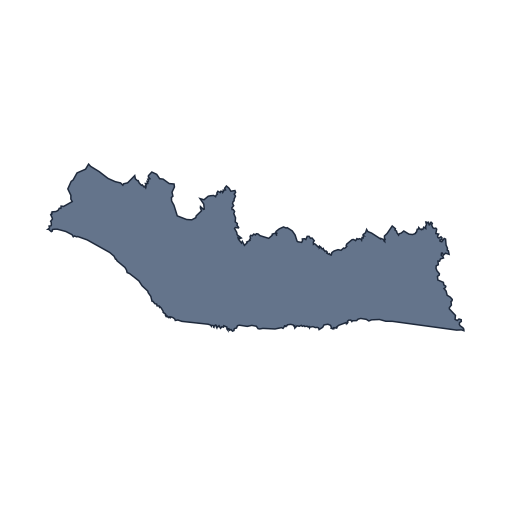 Aquila, Michoacán, Mexico (Equal Earth projection), rotated 337°
{"feature_id": "50627088B41221510425691", "entity_name": "Aquila", "entity_type": "district", "adm_level": 2, "iso_a3": "MEX", "parent_name": "Mexico", "parent_adm1": "Michoacán", "projection": "equal_earth", "projection_center": [-103.31, 18.385], "detail": "fine", "context": "isolated", "style": "filled", "palette": "slate", "viewbox_px": 512, "rotation_deg": 337, "n_neighbors": 0, "source": "geoboundaries", "source_scale": "gbopen_adm2", "svg_char_len": 6127}
<svg xmlns="http://www.w3.org/2000/svg" viewBox="0 0 512 512"><g transform="rotate(337 256 256)"><path d="M419.7,372.6L418.7,369.7L416.6,366.8L417.3,362.5L416.3,359.4L418.0,359.1L418.9,358.0L417.6,355.9L418.2,353.5L414.0,349.1L415.1,345.6L417.2,345.2L417.9,344.0L416.8,340.3L416.9,337.6L418.1,335.4L420.4,335.3L421.5,331.8L423.0,332.5L424.6,330.8L427.8,331.1L427.9,329.8L426.8,327.7L427.9,325.8L428.6,326.0L428.9,328.4L431.6,327.5L434.4,329.9L435.1,326.4L434.3,325.2L435.3,323.6L435.2,320.3L437.1,314.5L436.1,313.4L432.6,315.5L431.2,314.4L431.5,313.2L433.4,313.4L434.3,312.0L433.8,310.6L431.4,310.9L430.7,310.1L430.9,308.6L432.7,307.2L430.3,305.6L432.8,301.9L432.4,300.6L430.7,300.2L429.8,299.0L429.8,296.0L431.0,295.0L430.6,293.5L429.7,293.2L428.8,294.6L427.6,295.0L427.7,292.2L426.4,292.5L426.3,291.5L425.6,291.1L425.1,293.9L423.7,295.0L423.0,297.0L421.7,295.0L419.9,296.7L419.0,296.0L418.6,296.4L417.7,295.6L416.9,293.4L416.2,294.6L414.8,294.4L413.1,296.7L412.1,296.8L411.6,297.6L408.5,297.4L405.4,295.7L401.8,290.7L398.6,291.7L396.5,291.5L395.4,292.5L394.8,289.7L395.1,288.0L394.1,286.3L395.0,285.3L393.1,281.6L385.5,286.5L382.0,287.8L381.2,289.9L381.4,291.2L380.4,291.7L380.1,293.0L379.7,292.2L379.9,290.7L377.7,288.5L377.3,288.9L371.3,280.0L368.5,277.2L368.2,274.8L365.9,277.4L363.0,278.1L362.6,278.8L363.1,279.6L362.6,279.4L361.7,281.2L360.8,280.5L359.4,282.7L359.2,281.5L357.9,280.4L356.5,280.5L355.7,279.4L353.7,280.8L352.2,278.9L350.8,278.5L344.1,280.5L343.0,281.8L343.3,282.6L341.5,283.4L340.2,283.5L339.7,282.9L336.5,284.0L334.0,282.2L329.7,281.9L327.2,282.5L325.7,284.5L324.8,284.0L324.6,282.6L323.6,282.7L322.3,281.0L323.1,280.3L322.4,278.7L321.3,278.8L321.1,277.2L320.5,276.7L320.9,275.3L319.5,275.2L319.1,273.1L318.1,273.3L318.6,272.8L318.3,271.6L316.9,272.4L315.2,268.3L314.3,267.4L313.5,267.6L314.2,265.6L315.6,264.7L314.6,261.3L313.0,261.0L312.5,258.6L310.8,257.9L308.3,260.3L307.5,259.1L305.3,258.4L304.8,260.1L303.3,261.3L300.0,259.2L299.6,258.3L300.2,252.0L299.2,247.1L295.8,242.1L294.6,242.0L292.7,240.0L288.0,240.1L284.1,241.2L283.3,242.1L284.1,243.2L283.1,244.1L282.9,245.6L283.1,243.4L282.6,242.5L279.5,242.2L278.9,243.3L274.6,244.7L267.6,238.8L266.5,236.5L265.0,235.6L263.7,236.4L262.5,234.9L260.4,235.9L259.3,234.9L258.2,235.6L257.7,237.9L256.5,238.4L256.6,239.3L252.9,239.5L252.9,240.4L249.5,241.7L249.1,237.2L247.7,238.4L246.4,233.7L246.6,232.2L247.8,233.7L249.5,233.7L246.9,229.1L247.5,226.7L247.0,222.3L248.1,221.7L250.8,223.3L251.2,222.9L250.5,220.4L251.5,218.8L250.2,216.5L252.1,212.8L252.1,208.3L253.7,206.6L253.2,204.3L252.2,203.9L252.6,202.2L255.1,201.0L254.9,198.5L256.3,196.9L257.4,196.7L258.1,195.0L260.5,192.9L260.2,190.5L262.1,189.5L262.2,187.5L258.2,186.6L257.6,182.9L256.1,180.0L253.6,181.4L253.7,183.2L251.6,182.6L251.6,183.5L250.2,184.5L250.2,183.5L249.0,182.6L247.9,183.6L246.2,181.5L244.5,182.8L244.4,184.1L242.8,184.6L242.0,185.6L240.6,183.7L237.8,182.8L235.4,182.3L230.1,183.9L226.9,181.3L228.2,187.8L226.7,192.6L225.9,192.6L224.2,188.9L223.6,190.0L223.5,193.1L216.6,195.7L215.6,197.2L211.0,197.6L206.4,195.3L199.2,188.3L200.3,177.2L199.8,172.4L201.0,169.1L202.9,168.5L203.6,164.5L207.9,160.6L208.7,157.7L204.4,155.4L200.5,148.9L197.5,147.2L196.5,142.0L192.9,138.0L188.4,140.0L187.8,141.1L188.5,143.4L186.4,143.0L186.4,144.9L185.8,145.4L184.9,144.8L184.7,146.9L182.6,146.1L182.9,147.6L181.7,147.8L181.9,149.2L181.1,150.2L180.9,148.9L179.9,148.7L179.1,146.1L178.2,146.2L177.0,143.1L177.0,140.6L176.3,140.4L175.1,137.8L175.8,134.6L166.4,138.5L162.4,137.8L161.1,138.8L159.9,135.8L155.5,132.6L150.1,126.8L144.6,117.0L138.8,108.9L137.8,106.0L133.0,109.5L123.7,109.6L117.3,114.6L115.0,115.1L109.0,120.7L109.3,127.8L107.8,131.3L108.1,134.1L98.3,135.2L96.1,133.9L95.0,135.9L93.6,135.2L91.6,136.7L89.3,136.9L85.5,135.7L85.1,136.7L84.4,136.7L84.2,137.8L83.2,137.8L83.3,141.6L82.9,142.6L80.5,143.8L80.7,144.9L79.7,147.6L79.0,148.1L77.2,147.6L76.9,149.5L74.9,150.1L75.6,150.4L77.1,153.6L78.1,153.5L79.0,152.1L81.2,152.7L83.6,153.7L90.5,159.1L95.0,164.5L95.3,166.9L96.6,166.6L98.6,168.4L99.5,168.4L106.9,175.2L122.8,195.7L125.3,200.8L125.4,204.0L126.1,204.4L126.2,206.2L130.9,215.3L131.3,218.2L130.9,220.9L132.8,222.8L138.5,233.2L139.5,238.9L142.7,246.1L142.4,247.6L143.4,252.0L142.6,257.0L143.5,257.6L144.2,260.3L145.8,261.5L145.4,263.2L147.2,264.1L147.2,265.4L147.7,265.1L148.4,266.8L148.9,270.2L148.7,271.5L148.4,271.7L148.3,272.1L148.2,272.1L149.0,272.3L150.0,274.0L149.8,274.9L149.0,275.0L150.0,275.4L149.6,276.4L150.7,276.6L150.5,277.4L151.3,277.6L151.6,278.6L152.7,278.3L152.9,279.3L153.8,278.7L155.6,280.4L156.6,282.2L156.5,283.8L159.1,284.4L162.2,287.2L185.3,300.1L187.1,301.7L187.5,303.2L188.0,302.5L189.3,303.2L189.7,304.4L189.2,305.0L189.4,305.3L190.2,304.1L191.7,303.7L192.3,304.3L191.8,305.3L191.9,306.9L192.8,305.9L193.2,306.4L194.7,305.7L195.1,308.7L197.0,307.8L198.3,308.8L199.1,307.6L201.4,310.0L200.7,311.8L201.1,313.3L201.5,311.8L202.7,312.3L202.7,314.0L204.2,313.9L205.0,316.0L206.6,316.0L207.3,314.7L208.2,314.4L209.9,314.7L211.7,312.9L213.7,313.2L220.5,317.4L225.0,318.2L228.9,320.8L229.5,323.7L230.9,324.6L234.0,325.3L245.0,330.6L251.5,331.9L252.6,333.2L254.7,331.9L255.5,332.3L255.4,331.6L256.9,332.4L258.1,331.6L261.3,332.5L263.3,334.0L263.6,335.6L264.3,335.4L263.6,337.5L266.5,336.3L268.4,337.6L270.6,337.5L271.1,338.8L272.9,338.9L273.2,339.9L275.6,340.6L276.2,341.7L277.2,341.6L277.2,343.1L277.8,342.5L280.9,343.3L282.7,345.1L284.4,345.6L285.5,346.6L285.3,348.4L289.5,347.7L291.7,346.0L295.5,346.9L297.5,348.9L297.5,351.3L296.9,351.7L298.1,353.0L299.2,352.5L299.3,353.3L300.1,352.6L302.1,353.9L302.6,353.6L302.5,352.8L305.3,352.1L312.8,352.5L312.7,353.5L313.2,353.1L313.6,353.7L314.7,352.9L314.8,351.8L316.2,351.3L318.2,352.0L318.6,353.8L319.5,353.3L323.4,354.8L325.3,354.0L328.0,354.4L332.8,357.4L334.5,359.9L337.4,359.9L344.9,362.7L350.0,366.8L355.8,369.3L411.7,402.6L416.3,404.3L418.2,406.0L418.7,404.4L418.4,402.9L416.6,399.9L416.4,398.5L417.3,396.9L419.4,396.5L420.0,394.8L418.2,393.3L416.0,394.0L414.5,392.1L416.4,388.6L413.3,380.3L413.8,379.1L416.7,377.5L417.7,374.1L419.0,373.8L419.7,372.6Z" fill="#64748b" stroke="#1e293b" stroke-width="1.5"/></g></svg>